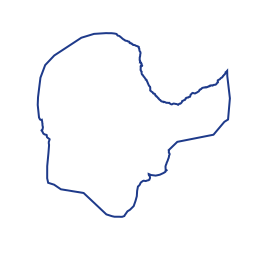 outline of Bukavu, Sud-Kivu, Democratic Republic of the Congo, rotated 282°
{"feature_id": "63176286B64827262038855", "entity_name": "Bukavu", "entity_type": "district", "adm_level": 2, "iso_a3": "COD", "parent_name": "Democratic Republic of the Congo", "parent_adm1": "Sud-Kivu", "projection": "albers", "projection_center": [28.866, -2.508], "detail": "fine", "context": "isolated", "style": "outline", "palette": "blue", "viewbox_px": 256, "rotation_deg": 282, "n_neighbors": 0, "source": "geoboundaries", "source_scale": "gbopen_adm2", "svg_char_len": 5643}
<svg xmlns="http://www.w3.org/2000/svg" viewBox="0 0 256 256"><g transform="rotate(282 128 128)"><path d="M183.6,40.8L172.3,33.9L159.0,31.9L148.4,32.8L139.4,33.6L131.8,34.9L119.7,38.8L118.9,39.5L118.2,40.0L118.0,40.3L118.0,40.8L117.8,41.1L117.8,41.6L118.1,42.0L116.2,42.8L115.1,43.1L114.6,43.4L113.1,43.7L111.5,44.4L111.2,44.6L109.0,44.7L108.2,44.2L107.9,44.0L107.7,43.9L107.6,44.0L107.3,44.2L107.2,44.6L107.1,44.9L106.5,45.1L105.7,45.8L105.0,46.3L104.8,46.6L104.7,47.1L104.4,47.6L104.3,49.8L104.1,50.0L103.8,50.1L102.7,50.4L102.2,50.7L101.7,51.5L100.9,53.4L100.8,53.6L100.6,53.7L99.4,53.6L98.0,53.4L96.5,53.7L95.1,54.3L93.7,54.5L86.9,55.4L73.9,56.9L62.0,59.4L57.8,61.3L57.2,67.5L54.1,75.1L55.2,98.1L39.0,124.8L38.4,130.8L38.4,133.2L39.1,136.5L39.9,140.7L41.1,142.7L42.2,143.0L43.3,143.5L46.4,144.8L48.4,146.9L52.8,149.8L58.2,150.5L63.1,150.8L68.5,150.0L72.8,149.9L74.3,151.0L75.4,151.4L76.1,151.5L77.4,151.9L79.2,153.5L79.7,154.3L79.8,156.4L80.7,157.8L81.0,158.6L81.8,159.6L82.2,159.6L83.2,159.9L84.0,159.9L84.5,159.7L85.9,159.0L86.0,158.4L86.6,158.0L87.3,157.8L86.8,160.4L87.2,165.0L88.9,168.8L91.3,172.0L92.8,173.6L93.8,173.6L94.1,174.2L94.7,174.6L94.9,174.4L95.0,173.9L95.4,173.4L97.3,172.9L97.9,172.7L99.0,172.7L100.0,172.8L100.8,173.0L102.2,173.1L104.4,173.6L105.7,173.7L106.6,173.9L107.7,174.0L108.7,174.0L109.5,173.9L110.6,174.2L111.3,174.1L112.0,173.6L112.3,173.1L113.7,172.8L114.3,172.8L114.8,172.4L124.7,179.1L139.2,213.0L154.1,221.0L157.1,224.1L178.2,221.5L199.5,214.3L204.6,213.1L204.1,212.8L203.7,212.7L203.1,212.2L202.9,211.9L201.9,211.9L201.1,211.7L200.7,211.4L200.3,211.3L199.8,210.8L199.0,210.5L198.6,210.1L198.2,210.1L197.7,209.8L197.1,209.6L196.9,209.2L196.4,208.8L196.2,208.5L196.0,208.4L195.8,208.2L195.1,207.9L194.7,207.6L194.2,207.0L193.9,206.5L193.2,205.9L192.3,206.0L192.0,206.3L191.8,206.4L191.4,206.5L191.1,206.3L190.7,206.0L190.2,205.5L189.5,205.4L188.6,204.7L188.5,204.4L188.5,204.2L188.2,203.7L188.0,202.9L187.7,202.6L187.5,202.2L187.1,202.0L187.0,201.6L187.0,201.4L187.2,201.2L186.8,199.9L186.7,199.7L186.4,199.8L186.0,199.4L186.2,199.2L186.0,198.8L185.6,198.4L185.4,198.0L185.2,197.9L185.1,197.7L184.9,197.6L184.6,197.4L184.5,197.1L184.5,196.7L184.4,196.5L184.0,196.2L183.9,195.9L184.1,195.8L184.1,195.5L183.9,194.9L183.5,194.5L183.4,193.9L182.7,192.4L182.1,191.9L181.3,191.5L181.0,191.1L181.0,190.9L180.9,190.7L180.5,190.4L180.2,190.4L179.8,189.9L179.0,189.8L178.4,189.5L177.7,188.6L177.0,188.0L176.6,187.4L176.0,186.7L175.7,186.3L175.7,186.1L175.7,185.0L175.8,184.1L175.5,183.7L175.3,183.4L174.1,182.8L173.9,182.5L173.7,182.3L172.4,182.3L171.7,182.2L171.4,182.1L171.3,181.9L171.2,181.3L171.1,181.2L170.8,180.9L170.4,180.7L170.3,180.1L170.2,179.7L169.9,179.3L169.7,179.2L169.7,178.9L169.6,178.7L169.3,178.5L169.0,178.5L168.8,178.2L168.2,178.2L167.4,177.9L167.3,177.5L166.3,176.4L165.9,175.9L165.8,175.5L164.7,175.3L164.2,175.2L163.2,174.6L162.9,174.3L162.7,174.2L162.6,173.5L162.5,173.3L162.1,173.0L162.0,172.8L161.3,172.4L161.1,172.2L161.3,171.5L161.5,171.0L161.5,169.9L161.4,169.3L161.5,168.7L161.3,167.3L160.9,166.8L160.5,166.4L160.2,165.9L160.2,165.2L160.6,164.0L161.0,163.4L161.2,163.2L161.0,162.4L160.9,162.3L160.9,161.4L160.6,160.2L160.8,159.8L160.9,159.3L161.1,158.1L160.7,157.6L160.8,157.1L160.9,156.9L161.1,156.8L161.1,156.7L161.0,156.3L161.0,155.4L161.2,154.8L161.3,154.6L162.0,153.9L162.1,153.7L162.1,153.2L162.5,152.6L162.7,152.4L162.9,152.0L163.0,151.9L163.3,151.8L163.4,151.3L163.8,151.0L164.5,150.0L164.5,149.7L164.7,149.3L164.9,149.3L165.1,149.2L165.2,148.9L165.3,148.6L165.4,148.2L165.7,147.9L165.8,147.8L166.4,147.7L166.9,147.2L167.1,146.6L166.9,146.1L167.1,145.5L167.2,145.3L167.6,145.1L168.1,144.6L168.4,143.5L168.9,142.7L169.1,142.3L169.2,142.1L169.4,141.9L169.9,141.9L170.1,141.8L170.5,141.7L170.9,141.6L171.7,141.5L172.9,141.0L173.6,139.9L174.0,139.6L174.3,139.3L174.4,139.2L175.3,138.6L175.9,138.2L176.2,137.9L176.5,137.8L176.9,137.5L177.1,137.3L177.3,137.2L177.7,136.8L177.9,136.7L178.4,136.5L178.9,136.1L179.2,135.5L179.1,135.3L179.4,135.2L179.8,134.8L180.0,134.5L181.1,133.4L181.5,132.7L181.8,132.3L182.3,132.1L182.5,131.9L182.8,131.5L183.1,130.8L183.4,130.5L184.0,130.1L184.3,130.0L184.6,129.9L185.1,129.7L185.8,129.7L186.0,129.6L186.1,129.3L186.2,129.1L186.6,128.9L187.1,128.4L187.5,128.2L187.8,128.3L188.0,128.2L188.6,128.1L189.3,127.9L189.9,127.9L190.1,127.9L190.3,127.7L191.0,127.5L191.4,127.6L191.3,128.1L191.4,128.4L191.6,128.8L191.9,128.9L192.4,128.5L192.6,128.4L192.9,128.1L193.1,128.0L193.5,128.0L194.0,127.5L194.0,127.4L194.1,127.1L194.3,127.1L194.6,127.1L194.7,126.6L195.1,126.3L195.0,126.1L195.6,126.1L195.7,125.9L195.9,125.9L196.2,125.7L196.3,125.6L196.5,125.7L197.3,125.2L197.7,125.1L198.5,125.0L199.2,124.8L199.9,124.9L200.2,124.9L200.4,124.8L200.8,124.9L201.1,124.9L201.6,124.8L201.9,124.7L203.4,124.7L204.0,124.7L204.4,124.4L205.0,124.2L205.4,123.6L206.0,123.2L207.1,122.7L207.6,122.7L208.1,122.4L208.3,122.1L208.9,121.7L209.4,121.8L209.5,121.6L209.8,121.0L209.9,120.1L210.0,119.9L210.1,118.6L210.5,117.4L210.5,117.2L210.4,116.5L210.3,116.0L210.3,115.8L210.4,115.6L210.5,115.7L210.9,115.0L210.9,114.7L211.0,114.6L211.1,114.4L211.1,114.1L211.3,113.9L211.2,113.7L211.3,113.5L211.5,113.5L211.5,112.9L211.4,112.6L211.4,112.4L211.8,112.2L211.8,111.7L212.5,111.4L212.7,111.1L212.7,110.1L212.7,109.7L213.0,109.1L212.9,107.7L213.0,106.9L213.5,106.2L213.5,105.8L213.7,105.3L213.8,104.9L214.1,104.4L214.7,103.2L215.1,102.7L215.2,102.4L215.6,101.5L215.9,101.0L216.1,100.7L216.3,99.6L216.3,98.6L216.7,98.1L217.1,97.8L217.5,97.4L217.6,97.0L217.6,95.9L217.6,95.1L217.3,92.1L216.1,86.3L213.0,75.2L206.6,63.6L183.6,40.8Z" fill="none" stroke="#1e3a8a" stroke-width="2"/></g></svg>